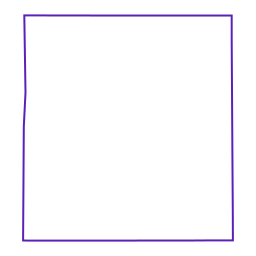 outline of Labette, Kansas, United States of America
{"feature_id": "52423323B87477610748879", "entity_name": "Labette", "entity_type": "district", "adm_level": 2, "iso_a3": "USA", "parent_name": "United States of America", "parent_adm1": "Kansas", "projection": "albers", "projection_center": [-95.282, 37.192], "detail": "fine", "context": "isolated", "style": "outline", "palette": "violet", "viewbox_px": 256, "rotation_deg": 0, "n_neighbors": 0, "source": "geoboundaries", "source_scale": "gbopen_adm2", "svg_char_len": 387}
<svg xmlns="http://www.w3.org/2000/svg" viewBox="0 0 256 256"><path d="M24.3,15.4L25.5,92.6L23.8,126.7L23.1,240.5L28.2,240.6L76.7,240.6L76.8,240.6L112.5,240.6L113.8,240.6L116.5,240.6L176.0,240.5L184.4,240.5L193.0,240.5L194.6,240.5L210.2,240.4L232.9,240.4L232.8,212.1L232.5,169.6L231.7,41.2L231.7,15.5L225.6,15.5L90.2,15.5L24.3,15.4Z" fill="none" stroke="#5b21b6" stroke-width="2"/></svg>